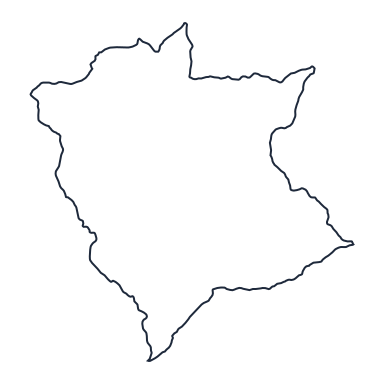 outline of Tangsibji, Tongsa, Bhutan
{"feature_id": "84629894B49334077876628", "entity_name": "Tangsibji", "entity_type": "district", "adm_level": 2, "iso_a3": "BTN", "parent_name": "Bhutan", "parent_adm1": "Tongsa", "projection": "robinson", "projection_center": [90.389, 27.406], "detail": "fine", "context": "isolated", "style": "outline", "palette": "slate", "viewbox_px": 384, "rotation_deg": 0, "n_neighbors": 0, "source": "geoboundaries", "source_scale": "gbopen_adm2", "svg_char_len": 5828}
<svg xmlns="http://www.w3.org/2000/svg" viewBox="0 0 384 384"><path d="M147.9,360.7L149.0,361.0L150.3,360.8L155.1,358.2L157.6,356.5L162.5,352.3L164.9,351.5L166.4,349.7L168.0,348.3L168.7,347.8L170.2,345.8L171.5,342.5L171.9,340.3L172.7,338.5L172.9,337.9L172.2,336.0L172.5,335.5L174.3,333.4L176.8,331.9L178.1,329.4L178.8,328.6L181.9,326.6L185.5,322.8L188.3,319.3L189.9,316.9L201.6,304.5L203.7,303.0L207.8,301.2L208.7,300.6L210.2,298.1L211.2,297.0L212.5,295.1L212.9,293.3L212.6,290.2L212.8,289.6L213.2,289.3L217.3,288.0L221.1,287.5L224.4,287.6L225.0,287.8L226.7,289.0L230.0,289.9L232.5,290.2L234.4,289.6L236.5,288.7L239.2,287.9L241.3,288.1L243.3,288.8L249.5,290.1L252.9,289.0L255.8,289.0L260.7,288.4L262.6,288.0L265.3,288.1L268.7,289.1L269.8,288.8L271.9,286.9L272.5,286.5L274.2,286.2L277.2,283.8L281.1,283.1L283.6,281.9L285.0,281.5L286.1,280.7L288.3,279.8L289.7,279.7L291.1,280.0L292.0,279.9L293.6,279.5L294.7,278.9L295.7,278.2L299.0,275.3L300.7,274.9L301.9,274.3L302.2,273.7L302.6,271.8L303.0,270.8L304.8,267.7L306.4,266.3L309.2,265.7L309.5,265.1L313.4,262.7L319.1,262.1L320.9,261.7L321.5,261.4L322.2,260.3L323.1,259.3L325.6,257.3L328.4,255.6L332.4,252.3L335.1,249.5L336.2,248.8L338.5,247.7L340.4,247.1L341.6,247.0L344.8,247.1L346.1,247.0L349.6,245.3L352.8,244.8L353.4,244.4L352.9,243.8L352.5,242.6L352.1,242.1L352.0,241.6L351.3,241.3L347.5,241.4L343.8,240.5L342.5,239.8L341.4,238.8L340.4,237.1L338.6,235.5L336.4,232.2L333.4,229.0L331.6,226.1L330.4,225.2L327.9,224.3L327.2,223.7L327.0,222.7L327.0,221.8L328.5,217.5L328.5,216.4L328.2,214.4L327.6,213.2L327.5,210.8L327.4,210.0L326.6,208.9L324.0,206.9L321.0,204.0L318.8,201.6L317.1,200.4L315.2,197.6L314.1,197.4L313.2,197.5L311.3,197.3L310.7,197.0L309.5,195.9L307.8,193.0L307.0,191.3L305.6,189.7L302.8,188.4L301.6,188.3L299.6,189.3L296.9,190.1L293.8,190.6L292.1,190.3L291.1,189.9L290.7,189.4L290.5,188.7L290.1,185.5L289.0,182.5L288.3,179.5L286.2,177.1L285.6,176.0L285.1,174.5L284.2,173.0L281.1,170.9L277.4,167.2L274.4,164.7L273.9,163.6L273.3,162.9L272.5,161.1L272.2,159.2L271.6,157.4L271.0,156.1L270.5,155.4L271.1,150.2L269.9,142.8L270.9,139.2L271.3,135.8L271.7,134.3L272.4,133.2L275.6,129.6L276.3,129.2L278.8,128.3L280.7,127.8L281.8,127.8L284.3,128.3L285.7,128.0L286.9,127.1L290.2,125.6L292.3,123.4L295.2,116.6L295.4,114.8L295.2,111.5L295.4,109.5L296.6,105.2L298.2,100.9L298.6,98.7L299.2,97.0L302.1,92.0L303.2,89.6L303.2,87.0L303.8,83.6L304.6,81.5L307.2,78.0L308.4,76.7L308.8,76.5L310.3,74.5L313.5,73.3L313.8,72.8L314.6,68.4L313.1,66.8L312.1,66.4L311.6,66.6L310.0,68.0L305.6,69.4L302.4,69.6L301.1,69.9L298.7,70.8L294.7,72.8L290.9,73.5L285.3,77.9L284.0,79.4L282.4,81.5L281.3,82.2L280.7,82.4L279.5,82.3L275.4,80.2L273.5,80.1L272.3,79.8L270.6,78.8L268.6,77.1L268.0,76.9L262.3,76.2L260.5,75.6L258.9,74.5L257.7,73.9L255.2,73.4L253.9,73.6L253.4,74.0L250.6,76.7L249.6,77.5L249.0,77.6L247.7,77.6L245.4,76.5L242.9,76.4L241.4,77.2L239.7,79.2L238.5,79.7L232.2,79.1L231.0,78.5L229.0,76.9L227.8,76.5L225.5,77.7L221.1,78.6L220.4,78.5L218.7,77.7L214.2,77.3L210.5,76.4L209.8,76.4L208.7,76.9L206.1,77.1L201.2,78.5L198.6,78.4L196.2,79.1L194.2,79.1L193.0,78.8L192.4,78.6L191.4,77.8L190.1,77.5L189.6,77.1L189.4,76.5L190.0,73.5L190.3,69.2L191.1,65.3L191.5,61.3L190.6,57.4L190.2,51.4L190.5,50.1L192.5,46.7L192.5,46.0L192.1,44.7L188.5,39.2L186.9,35.5L186.6,34.2L186.5,31.6L186.6,27.5L187.0,24.7L186.8,24.2L186.0,23.4L185.0,23.0L184.0,23.5L184.0,24.0L183.6,24.6L181.6,27.2L180.2,28.5L173.8,33.0L172.5,34.4L167.6,37.7L164.1,40.6L163.3,41.7L162.8,42.9L160.5,45.2L160.2,45.7L159.8,47.0L159.7,48.3L159.4,49.6L158.5,51.4L158.2,51.7L155.7,51.7L155.1,51.5L154.1,50.7L150.5,46.0L149.2,44.5L147.5,43.5L142.7,41.7L140.2,39.3L139.2,38.7L138.8,38.9L138.0,40.2L137.4,43.5L137.1,44.1L136.2,44.9L132.6,46.6L130.1,47.2L128.2,47.5L116.7,47.2L110.3,47.6L109.1,47.9L104.9,49.5L101.3,52.3L99.2,52.4L97.9,54.8L95.6,56.0L95.4,56.5L95.5,59.2L94.7,60.8L91.5,63.0L90.5,64.4L91.7,67.9L92.3,68.8L89.4,72.7L88.8,74.1L86.3,77.2L85.4,78.1L81.6,80.6L76.7,82.0L72.5,83.7L71.2,84.0L70.0,83.9L61.2,82.0L58.7,82.2L56.4,83.5L54.5,83.9L52.0,83.7L50.2,82.9L49.0,82.6L43.2,82.6L41.9,82.9L40.8,83.5L39.1,85.4L37.5,86.6L36.7,87.6L33.0,90.2L32.2,91.3L31.7,92.5L30.9,93.5L30.6,94.4L31.1,95.4L31.5,95.8L34.0,98.0L37.1,100.3L37.9,101.3L38.3,103.3L37.8,106.6L38.7,109.8L38.3,115.1L38.4,119.1L38.7,120.4L40.6,122.2L43.9,124.3L46.1,125.4L48.8,126.1L49.6,127.6L50.5,128.4L51.9,130.3L53.6,131.6L56.3,132.7L57.4,133.7L58.8,134.1L60.4,136.1L60.0,139.9L60.1,141.2L61.7,146.3L62.9,148.6L63.1,149.9L62.6,151.8L61.5,154.2L61.1,155.5L59.1,166.0L58.5,167.2L56.0,171.1L55.8,171.7L55.6,173.7L55.9,175.6L58.5,181.4L60.1,186.4L61.2,188.1L63.1,189.9L63.9,190.9L65.2,194.0L66.0,197.0L66.5,197.2L67.9,197.3L68.4,197.7L71.5,200.0L73.3,201.9L74.7,204.9L75.9,206.5L76.4,207.7L78.6,218.1L79.0,218.7L79.9,219.6L82.3,220.6L82.8,221.0L83.0,221.6L83.3,223.6L82.7,225.6L82.8,226.1L83.6,226.8L86.2,226.7L87.4,227.1L87.9,227.6L89.3,229.8L89.6,230.4L89.6,231.8L90.0,232.3L91.2,232.8L93.8,232.7L94.4,232.9L94.9,233.4L95.5,234.9L96.4,238.1L96.4,239.4L96.2,240.1L95.5,241.2L93.4,242.7L92.5,243.6L91.0,245.8L90.6,247.0L90.2,249.7L89.8,256.4L89.9,259.0L90.2,260.3L92.1,263.0L97.5,268.7L100.8,272.8L104.6,275.3L108.0,279.3L109.9,281.1L111.0,281.8L111.6,281.7L112.6,280.9L113.2,280.8L115.5,281.9L117.6,283.5L119.5,285.3L122.7,291.1L123.5,292.1L126.4,293.7L127.7,295.1L129.3,296.3L130.5,296.7L131.2,296.6L132.3,296.2L132.9,296.4L133.4,296.9L133.9,298.1L134.4,301.4L137.2,304.2L137.5,304.7L138.1,308.7L138.6,309.9L139.1,310.3L141.5,311.3L143.8,312.5L145.9,314.1L146.6,315.1L146.9,316.5L146.5,317.7L145.6,318.6L143.9,319.6L143.1,320.6L142.5,321.8L142.3,323.8L143.0,328.4L143.6,329.6L145.8,332.1L146.4,333.2L146.8,335.9L147.0,340.5L147.3,341.8L147.8,343.0L150.3,346.1L150.8,347.3L151.0,350.6L151.6,352.5L151.6,353.2L149.7,358.9L147.9,360.7Z" fill="none" stroke="#1e293b" stroke-width="2"/></svg>